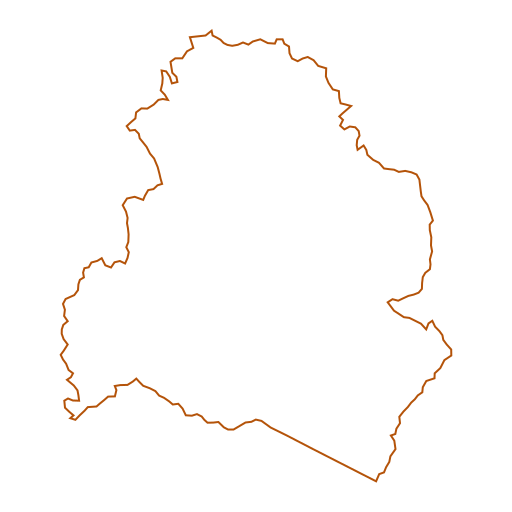 the district of Goiandira, Goiás, Brazil
{"feature_id": "56859067B40812937641421", "entity_name": "Goiandira", "entity_type": "district", "adm_level": 2, "iso_a3": "BRA", "parent_name": "Brazil", "parent_adm1": "Goiás", "projection": "mercator", "projection_center": [-48.152, -18.118], "detail": "fine", "context": "isolated", "style": "outline", "palette": "amber", "viewbox_px": 512, "rotation_deg": 0, "n_neighbors": 0, "source": "geoboundaries", "source_scale": "gbopen_adm2", "svg_char_len": 3269}
<svg xmlns="http://www.w3.org/2000/svg" viewBox="0 0 512 512"><path d="M211.6,30.7L205.6,35.5L189.9,37.2L193.3,47.9L187.0,51.3L182.3,58.3L175.3,58.3L170.5,61.8L172.3,72.8L176.4,76.8L177.4,82.0L171.9,83.4L169.8,76.8L166.2,71.4L161.6,70.5L162.7,77.9L162.3,83.5L160.7,90.4L164.8,94.7L167.9,99.9L162.8,99.0L158.4,99.9L153.7,104.6L147.3,108.6L141.4,108.4L136.1,112.4L135.4,118.4L131.4,121.8L126.7,126.1L129.8,130.6L135.0,129.9L138.8,133.8L139.7,138.3L143.2,142.6L146.6,146.9L150.0,153.6L154.1,158.5L157.7,167.1L159.5,174.0L160.5,178.4L162.1,183.9L157.5,185.3L153.5,189.1L148.2,190.1L144.9,195.8L143.2,199.9L134.7,196.8L127.0,198.5L122.7,205.2L126.0,211.6L127.6,217.9L127.0,223.2L127.9,228.0L128.6,234.4L128.3,242.1L126.3,247.2L128.8,252.2L127.5,258.0L125.1,263.5L119.9,261.0L114.5,262.3L111.0,267.5L105.3,265.3L101.7,258.2L97.3,260.9L91.4,262.5L88.7,267.3L84.4,268.2L83.1,272.6L83.9,277.4L79.9,279.8L78.4,284.3L78.0,290.1L74.3,295.1L65.6,299.0L63.0,303.9L64.9,309.7L64.1,316.0L67.7,321.2L63.3,324.9L61.8,329.4L61.7,333.8L63.6,339.1L67.7,344.5L63.6,350.9L60.7,354.8L63.0,359.5L66.1,363.7L68.6,370.0L73.0,373.3L70.9,377.2L67.0,379.8L73.8,385.5L77.5,390.4L78.4,395.2L79.1,400.7L72.9,400.5L68.0,398.5L64.3,400.7L65.0,407.7L69.4,411.9L73.5,415.4L70.3,418.2L75.4,419.8L79.9,415.1L84.6,410.7L87.8,407.1L96.5,406.5L99.8,403.6L104.0,400.2L108.1,396.6L114.9,396.4L116.4,390.1L114.8,386.0L120.2,385.1L127.5,384.9L132.9,381.5L136.3,378.6L139.3,381.9L143.2,385.8L149.7,388.2L155.4,391.1L159.1,395.6L164.0,397.8L169.2,401.4L172.8,404.5L178.3,403.8L182.6,408.6L185.8,415.3L191.9,415.7L196.9,414.1L201.7,416.5L204.3,419.8L207.5,422.7L213.2,422.6L218.4,422.0L223.8,427.3L228.0,429.5L233.6,429.5L245.5,422.5L251.4,421.8L255.8,419.6L261.5,420.9L270.6,427.5L286.8,435.5L313.0,449.1L376.1,481.3L379.2,474.1L384.0,472.4L386.1,467.2L389.3,461.9L390.4,456.3L395.5,449.1L394.3,440.7L390.9,435.5L395.3,434.0L396.4,428.7L400.0,423.2L399.3,416.8L403.5,411.5L407.8,407.1L411.2,402.6L414.8,399.3L417.8,395.4L422.3,392.3L422.8,387.2L426.3,381.0L434.5,378.3L434.7,373.3L440.3,368.1L444.4,360.1L451.3,355.5L451.2,349.5L446.7,344.5L443.3,339.9L442.4,335.2L439.4,331.1L435.1,326.7L432.3,320.8L428.5,323.4L426.2,329.4L421.0,323.7L409.4,317.9L403.9,317.2L394.0,310.7L387.7,302.3L392.5,299.2L398.2,300.7L403.4,298.2L408.4,295.9L413.7,294.6L418.6,292.7L421.9,288.9L422.1,283.1L422.8,277.1L425.3,272.8L429.9,269.2L430.5,264.4L429.9,259.4L432.1,251.4L431.0,245.4L431.3,237.3L429.8,230.1L429.7,224.6L432.9,220.6L430.3,212.2L427.6,205.0L424.0,200.2L421.5,196.3L420.8,191.5L420.1,185.6L419.4,179.6L416.6,174.5L411.4,172.3L405.2,170.9L398.8,171.9L394.1,169.7L389.5,169.2L384.0,168.5L379.0,162.8L373.2,159.9L367.4,154.8L366.3,149.9L363.6,145.5L357.6,149.8L356.7,145.2L357.2,139.8L359.5,135.7L358.7,131.1L355.3,127.3L349.8,126.5L344.4,129.4L340.1,125.6L343.0,119.9L339.3,116.4L342.5,113.4L351.1,106.0L345.6,104.5L340.6,103.3L339.3,97.9L338.9,91.1L332.8,89.4L328.5,82.9L325.9,76.5L326.2,68.3L318.2,65.9L313.6,60.2L307.7,57.0L302.7,58.5L297.7,61.2L292.0,58.5L289.5,53.2L289.0,46.5L284.3,43.7L282.6,39.3L276.7,39.3L274.9,43.6L267.8,43.1L260.3,39.3L252.8,41.5L248.4,44.6L243.0,42.5L237.8,44.8L232.2,45.8L227.4,44.9L223.6,43.0L220.6,39.8L216.8,37.6L212.6,35.5L211.6,30.7Z" fill="none" stroke="#b45309" stroke-width="2"/></svg>